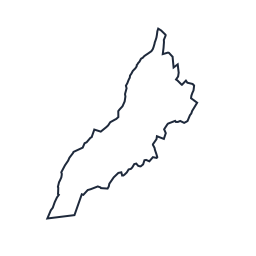 outline of Barkin Ladi, Plateau, Nigeria, rotated 10°
{"feature_id": "59680162B6096372749080", "entity_name": "Barkin Ladi", "entity_type": "district", "adm_level": 2, "iso_a3": "NGA", "parent_name": "Nigeria", "parent_adm1": "Plateau", "projection": "equal_earth", "projection_center": [8.921, 9.534], "detail": "fine", "context": "isolated", "style": "outline", "palette": "slate", "viewbox_px": 256, "rotation_deg": 10, "n_neighbors": 0, "source": "geoboundaries", "source_scale": "gbopen_adm2", "svg_char_len": 2178}
<svg xmlns="http://www.w3.org/2000/svg" viewBox="0 0 256 256"><g transform="rotate(10 128 128)"><path d="M64.3,231.1L90.4,223.1L94.0,201.3L95.6,201.6L99.1,196.1L101.8,194.8L108.4,190.8L111.2,191.3L111.8,191.9L118.4,191.2L119.2,189.0L119.3,186.1L122.5,179.1L126.3,173.9L129.1,172.8L130.5,175.8L130.8,175.7L131.6,175.6L132.6,174.6L134.5,172.0L135.8,168.7L137.9,167.8L139.0,166.2L140.4,162.5L142.3,161.6L144.6,163.5L146.7,163.7L147.2,163.5L149.2,161.2L149.8,156.9L151.4,156.3L154.8,157.1L157.6,152.4L161.4,152.5L161.9,151.6L160.4,148.6L158.3,144.8L157.6,143.0L155.5,140.3L155.4,140.2L155.4,139.6L158.0,134.0L157.9,131.1L165.2,132.5L166.1,126.5L163.8,123.0L166.2,117.4L166.3,117.3L166.7,116.7L173.2,112.8L174.1,113.7L176.0,113.4L178.2,112.0L182.4,113.2L184.1,111.9L185.4,110.8L186.8,104.6L187.8,102.8L188.2,100.1L189.3,97.3L191.7,91.1L185.0,87.8L184.9,87.7L184.8,85.3L185.3,82.2L186.0,79.6L185.8,75.5L185.7,74.6L183.8,73.5L183.8,73.4L178.6,73.1L176.8,71.3L173.6,76.1L173.4,76.1L168.6,72.7L166.9,71.9L168.4,68.6L168.3,64.6L168.2,64.4L165.9,56.7L162.4,60.5L159.5,50.0L159.1,49.8L155.3,46.9L154.3,46.8L149.4,49.2L149.1,43.1L149.0,42.0L148.5,37.2L148.0,35.0L149.0,30.4L148.8,29.7L143.7,26.2L140.5,24.9L140.1,27.7L140.2,29.1L140.3,31.9L140.3,34.0L139.9,36.9L139.5,39.0L139.5,40.4L139.1,44.0L138.7,46.1L137.7,48.3L136.2,49.8L134.7,51.3L133.1,52.8L131.6,54.3L131.1,55.0L130.4,56.2L130.1,56.5L129.1,57.2L128.6,58.0L128.2,59.4L127.7,60.8L126.7,62.3L126.2,63.7L125.8,64.4L125.7,64.5L125.8,65.9L124.8,68.1L123.8,69.5L123.3,70.3L122.8,71.0L121.9,73.9L120.9,76.0L121.0,78.2L120.5,79.6L120.0,81.7L119.6,83.9L118.6,86.7L119.7,89.1L119.2,94.8L119.2,95.2L120.0,97.5L120.1,102.6L120.0,102.8L118.8,107.6L116.4,111.3L115.5,113.1L116.6,118.9L114.9,121.1L113.7,122.0L109.5,125.4L108.0,128.9L106.5,130.9L101.8,136.3L95.1,135.4L95.1,135.5L93.8,143.3L92.7,144.2L89.7,149.3L87.9,150.5L86.8,155.2L78.5,161.0L78.2,162.2L75.5,167.4L74.7,170.6L72.4,175.7L70.0,183.2L70.8,184.7L70.9,186.3L70.9,188.3L70.0,191.8L69.5,193.3L69.2,198.2L69.7,198.9L70.4,203.8L70.5,205.2L71.5,205.8L70.1,208.7L69.1,212.3L68.7,213.8L67.9,218.7L67.8,219.5L66.3,222.4L64.3,231.1Z" fill="none" stroke="#1e293b" stroke-width="2"/></g></svg>